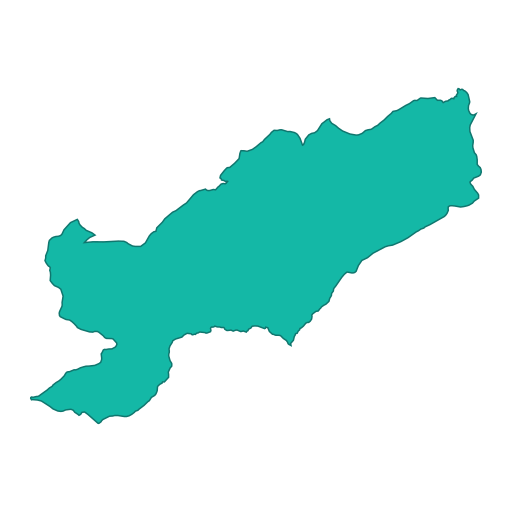 the district of Zetaquirá, Boyacá, Colombia
{"feature_id": "7082276B35977519917705", "entity_name": "Zetaquirá", "entity_type": "district", "adm_level": 2, "iso_a3": "COL", "parent_name": "Colombia", "parent_adm1": "Boyacá", "projection": "mercator", "projection_center": [-73.195, 5.28], "detail": "fine", "context": "isolated", "style": "filled", "palette": "teal", "viewbox_px": 512, "rotation_deg": 0, "n_neighbors": 0, "source": "geoboundaries", "source_scale": "gbopen_adm2", "svg_char_len": 5992}
<svg xmlns="http://www.w3.org/2000/svg" viewBox="0 0 512 512"><path d="M291.0,345.5L290.6,343.5L293.4,340.3L294.3,336.5L295.1,335.2L295.4,334.0L295.8,333.6L297.1,333.3L298.2,331.1L299.7,329.7L299.9,328.5L301.3,327.9L303.4,326.1L305.8,323.2L307.1,322.5L308.7,322.4L310.2,321.2L311.6,319.1L312.0,316.5L311.8,315.1L312.6,313.9L315.9,311.4L318.2,311.0L318.5,310.3L319.2,309.9L319.6,309.0L320.5,308.3L321.5,306.9L323.9,305.2L325.9,304.2L328.9,301.4L329.7,298.4L331.4,295.6L331.6,293.4L333.3,291.1L333.7,288.6L335.7,286.1L341.7,277.4L344.3,274.3L346.8,272.2L347.5,272.1L351.6,272.9L353.2,272.9L354.7,272.5L356.1,271.3L358.4,265.5L361.9,260.4L367.5,257.7L373.0,253.2L385.1,246.8L388.3,245.8L392.6,245.1L400.9,241.6L408.0,237.7L416.2,231.9L418.4,230.8L420.8,229.1L423.9,228.0L425.2,226.8L429.8,224.7L444.3,216.5L445.7,215.2L447.0,213.4L448.3,210.4L448.1,208.1L448.3,206.8L449.7,205.8L451.9,205.7L454.9,206.0L460.5,207.0L463.6,206.6L466.7,205.9L468.9,205.2L472.5,203.1L474.2,201.1L478.6,198.1L478.6,195.0L477.7,193.3L474.3,189.3L472.8,186.3L470.7,184.1L470.0,182.3L470.1,181.8L472.3,180.0L473.7,178.1L478.5,176.2L480.1,175.1L480.4,174.7L481.3,172.1L481.0,169.5L480.2,167.6L478.5,166.1L477.2,164.4L477.2,159.8L476.7,156.3L476.1,154.7L474.4,152.7L472.9,147.8L472.7,145.6L473.2,142.3L473.2,140.2L469.9,131.5L469.7,127.6L470.2,125.0L476.0,113.8L474.0,114.9L472.8,115.0L470.9,114.3L469.9,113.2L468.7,110.7L468.3,108.7L468.5,105.6L469.6,102.7L469.7,101.6L468.1,94.6L466.7,92.5L464.7,90.8L463.8,90.6L462.6,89.4L461.6,89.3L460.1,89.9L458.9,88.7L458.1,88.6L457.2,90.2L457.2,91.1L457.8,92.3L457.6,93.4L456.4,95.2L456.6,96.4L455.8,96.3L455.0,96.7L454.0,97.8L453.8,98.7L452.0,98.3L451.3,98.4L450.1,99.5L448.9,100.0L448.0,100.9L445.5,101.3L443.2,102.6L441.9,100.9L440.6,100.3L437.4,100.3L434.8,97.6L427.9,98.5L420.8,98.0L420.0,98.4L417.1,100.5L414.4,100.4L413.4,100.8L409.5,103.6L405.8,105.4L398.4,109.9L396.6,110.7L393.0,111.4L391.2,113.5L387.6,116.5L384.1,120.0L380.3,122.9L377.6,125.4L375.1,126.6L371.3,129.3L368.0,129.8L365.4,130.6L362.3,133.3L358.5,134.9L356.2,135.1L349.9,134.0L342.6,131.0L338.5,128.2L335.7,125.7L331.7,123.3L329.8,120.7L329.5,118.8L327.1,119.7L321.9,123.7L317.5,130.6L315.7,132.0L314.5,132.8L311.6,133.4L308.8,134.9L305.3,139.2L304.5,142.4L303.5,144.6L302.5,145.1L300.0,138.3L297.4,134.4L295.9,133.3L294.3,132.5L290.0,131.5L287.7,131.6L281.7,129.8L280.1,129.8L277.2,130.5L274.1,130.3L271.4,132.4L269.9,134.4L264.5,139.4L262.7,141.8L261.1,142.6L256.1,146.8L252.4,149.4L247.1,151.3L244.2,150.8L241.2,150.7L240.8,150.9L239.9,153.5L239.1,158.6L234.6,163.3L229.8,167.4L227.3,167.7L226.7,168.1L224.4,170.5L220.6,175.3L220.0,177.7L220.1,178.1L220.9,178.4L221.2,178.9L221.5,180.0L224.3,180.6L225.5,181.6L227.0,181.2L227.6,181.4L226.0,183.4L225.2,183.8L223.2,183.5L221.1,184.1L218.9,186.4L218.0,187.0L215.6,189.8L213.3,189.5L209.8,190.5L208.0,190.6L206.5,190.1L205.5,189.1L200.4,190.6L199.4,190.7L197.4,191.7L193.5,194.7L186.5,203.0L183.4,205.0L175.9,210.7L172.6,212.2L164.8,218.8L162.4,222.2L156.8,227.8L155.9,231.3L153.8,231.8L151.3,233.6L149.4,235.8L145.4,242.9L140.7,246.4L135.1,246.4L132.5,246.0L128.1,243.7L126.7,242.5L123.9,241.3L118.5,241.1L103.7,241.9L93.0,241.8L84.4,242.6L86.8,239.9L89.7,237.5L95.0,235.1L91.9,232.8L86.1,230.3L84.4,228.6L82.3,227.3L80.0,224.9L79.1,223.4L78.6,221.4L77.3,219.4L70.5,222.6L64.0,229.8L62.1,233.9L61.2,235.0L60.2,235.7L58.3,236.3L55.9,236.5L53.5,237.2L51.9,238.0L49.4,240.4L48.8,242.4L47.8,250.4L45.7,255.8L45.7,258.1L45.0,260.6L46.2,263.0L47.3,264.6L48.4,266.0L49.6,266.7L50.3,267.8L49.8,270.3L50.4,272.3L50.6,275.1L50.2,280.6L52.4,283.5L54.4,285.6L58.5,287.4L60.8,289.2L63.1,296.1L62.1,302.4L62.2,304.8L62.0,306.3L59.6,311.5L59.2,313.1L59.5,315.6L60.3,316.7L64.5,318.8L66.1,319.5L69.6,320.0L72.0,321.7L74.2,323.7L76.8,326.5L77.3,327.5L81.0,329.4L89.5,331.9L92.8,332.1L94.7,331.4L97.4,331.5L98.7,332.1L103.2,335.7L104.7,337.5L106.3,338.4L111.9,338.6L113.1,339.0L116.6,342.9L116.9,344.4L115.9,346.4L115.1,347.2L111.9,348.9L108.7,349.0L106.1,349.5L104.4,349.4L103.3,350.0L102.1,352.6L101.2,353.9L101.7,358.1L101.6,359.7L100.7,362.3L99.0,363.6L94.8,365.4L88.9,366.1L86.0,366.2L83.3,366.9L80.4,367.8L77.3,369.4L75.4,369.9L74.1,369.8L69.5,371.7L67.9,371.8L66.6,372.3L65.6,373.5L64.3,375.8L60.9,379.3L58.8,381.0L56.2,382.5L53.0,385.0L52.2,386.3L49.4,388.0L47.2,390.0L40.2,395.0L39.4,395.7L38.0,396.4L36.4,396.5L33.1,397.3L31.6,397.0L30.8,397.5L30.7,398.4L31.5,399.8L32.3,399.6L37.4,400.0L41.4,401.0L50.0,406.5L53.0,408.9L57.8,411.0L60.8,411.4L63.0,411.1L65.7,409.9L70.5,409.3L71.6,409.5L73.3,410.3L74.8,412.3L78.0,414.4L79.0,415.3L80.6,414.4L82.0,412.3L84.6,412.0L87.9,414.4L97.9,423.2L98.6,423.4L99.3,423.1L101.0,421.8L101.7,420.6L102.9,419.5L109.5,416.2L112.7,416.0L114.7,415.5L117.9,415.5L124.2,416.5L126.6,416.5L129.1,415.8L131.8,414.3L134.4,412.3L135.3,411.2L137.9,410.3L139.0,409.2L144.0,405.4L147.8,401.7L149.3,400.7L151.4,397.4L154.7,395.4L155.8,394.1L156.7,392.1L157.2,390.6L157.5,386.8L157.9,386.1L159.8,384.3L162.1,383.1L162.3,382.3L162.7,381.9L164.4,381.9L168.6,377.3L168.6,374.4L168.3,372.1L170.1,368.0L171.7,366.2L171.8,364.7L171.7,363.4L170.0,360.6L168.7,355.9L168.8,353.7L169.2,352.7L169.3,351.0L169.0,348.9L170.0,345.9L172.1,342.6L172.8,340.7L175.6,339.0L181.9,337.1L184.0,335.0L187.1,333.3L191.2,333.8L192.0,334.7L192.8,334.8L194.3,334.2L195.4,334.4L196.6,333.2L198.2,332.9L199.7,332.0L205.1,332.6L205.9,333.1L207.1,333.0L210.5,331.7L210.9,330.4L210.5,328.4L211.0,327.4L211.7,327.0L212.8,327.1L214.0,326.8L214.8,326.1L217.2,326.9L219.9,327.0L221.1,327.5L223.7,327.5L224.3,328.0L224.8,329.2L226.6,330.4L227.6,330.5L231.0,330.1L233.2,331.1L235.8,330.1L237.2,330.1L240.8,331.6L243.3,331.0L246.3,332.1L247.0,331.1L247.9,330.7L248.6,329.2L250.9,328.0L251.9,326.5L252.3,326.2L254.9,325.9L257.9,326.1L264.6,328.6L265.3,328.3L265.7,327.2L267.8,327.7L269.4,331.5L272.4,334.2L273.7,334.4L275.4,335.2L279.1,335.3L280.5,335.6L283.4,338.5L286.4,340.5L287.6,342.3L288.1,343.7L288.9,344.4L291.0,345.5Z" fill="#14b8a6" stroke="#0f766e" stroke-width="1.5"/></svg>